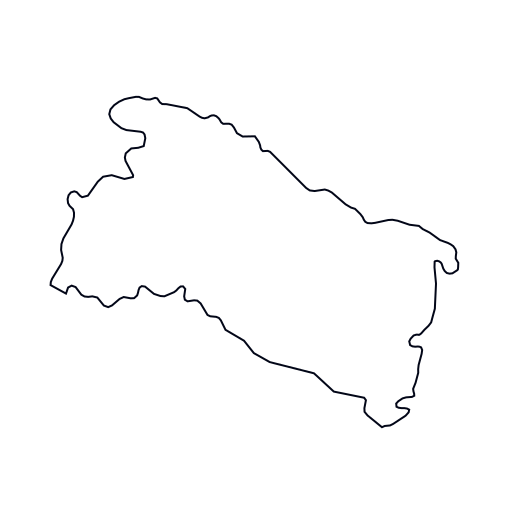 the border of Oise, rotated 200°
{"feature_id": "FRA-5331", "entity_name": "Oise", "entity_type": "Metropolitan department", "adm_level": 1, "iso_a3": "FRA", "parent_name": "France", "parent_adm1": "", "projection": "natural_earth1", "projection_center": [2.414, 49.417], "detail": "fine", "context": "isolated", "style": "outline", "palette": "ink", "viewbox_px": 512, "rotation_deg": 200, "n_neighbors": 0, "source": "natural_earth", "source_scale": "10m", "svg_char_len": 2924}
<svg xmlns="http://www.w3.org/2000/svg" viewBox="0 0 512 512"><g transform="rotate(200 256 256)"><path d="M439.1,158.4L439.9,161.4L439.8,165.0L436.4,181.8L436.3,185.2L437.0,188.2L441.2,195.0L442.9,200.7L443.0,206.7L440.1,222.6L440.0,226.6L440.5,230.6L441.8,234.4L443.9,237.4L448.4,239.4L450.7,241.4L452.5,245.0L452.9,249.0L451.7,252.4L448.9,254.6L446.3,254.7L441.9,252.4L439.5,251.8L434.6,255.2L430.1,271.7L426.8,278.2L419.2,282.6L406.0,283.4L398.7,288.1L399.1,289.9L411.1,300.7L412.9,303.7L413.5,307.9L410.0,314.4L403.7,317.4L399.1,320.9L400.3,328.8L402.3,332.1L404.4,333.4L406.9,333.3L420.9,330.0L426.2,330.1L435.5,333.0L439.5,335.5L442.4,339.1L442.9,344.0L440.9,349.2L437.4,354.2L433.3,358.3L429.5,360.8L423.3,364.5L420.4,365.5L416.3,365.3L412.7,365.6L409.0,366.9L404.9,370.1L402.7,370.3L398.8,367.5L396.1,366.7L391.9,368.1L371.1,371.4L356.6,367.7L354.0,367.4L351.4,367.8L348.5,369.8L347.1,371.7L345.7,372.9L343.7,373.8L341.1,373.8L338.3,372.7L337.0,371.9L334.4,369.7L332.1,369.0L326.5,371.1L323.8,371.1L320.7,369.2L315.9,364.9L309.4,363.7L298.0,368.1L292.4,364.2L290.0,361.4L289.0,359.5L287.4,357.8L285.4,356.9L280.9,358.8L278.4,358.7L232.2,337.1L227.9,336.0L223.1,337.1L214.1,342.0L210.5,342.2L206.5,341.6L189.5,335.2L183.2,334.0L179.1,334.2L172.3,331.1L168.9,328.9L167.1,327.0L165.0,325.5L162.5,325.1L158.7,326.2L155.4,327.9L144.1,335.0L140.2,336.7L134.9,337.6L122.4,337.9L113.2,340.0L108.5,338.3L100.9,337.4L88.5,333.9L80.0,333.9L77.0,333.5L74.0,332.7L70.8,330.5L69.0,327.9L68.2,324.3L67.4,321.8L63.6,318.8L62.2,314.5L61.7,312.3L62.1,311.4L65.5,306.9L68.1,305.6L70.9,305.3L73.5,306.4L75.7,308.2L78.8,312.1L79.3,312.5L80.2,313.1L82.1,313.6L84.1,313.5L85.4,312.7L86.0,312.3L86.2,311.8L84.4,306.4L77.4,291.6L69.9,267.6L69.1,257.8L68.7,253.5L70.0,249.4L72.5,244.3L74.3,239.7L75.3,238.2L75.9,237.6L76.8,237.5L78.5,236.9L80.7,235.2L82.4,231.2L82.8,228.2L80.7,225.0L78.1,224.6L75.4,225.2L73.0,226.3L71.3,226.7L69.6,226.6L67.7,224.5L66.9,220.7L65.9,209.2L64.9,205.1L63.6,201.7L62.7,191.4L62.9,184.9L61.7,182.6L60.3,180.7L59.5,178.8L61.3,176.9L66.6,174.5L69.6,172.3L72.6,168.2L73.8,165.3L72.4,162.4L70.1,162.2L67.3,162.8L64.5,163.8L61.9,164.3L59.5,164.0L59.1,161.3L60.8,157.1L69.8,145.0L72.1,142.6L76.9,140.3L79.1,138.2L96.6,144.3L100.7,146.7L102.1,150.1L103.4,158.1L105.9,159.8L136.5,155.2L161.4,165.6L206.8,161.0L224.8,164.0L238.3,172.3L259.4,176.2L267.0,183.5L269.7,185.1L272.6,185.2L278.4,183.7L281.4,184.0L291.8,192.5L295.9,194.0L299.0,193.2L304.8,190.0L307.9,190.6L309.7,193.5L311.2,200.8L314.1,202.5L316.4,201.6L317.9,199.2L319.1,196.3L320.6,194.0L328.3,186.8L332.1,185.7L338.9,185.5L349.8,189.3L353.1,188.6L354.6,186.5L354.7,183.9L354.3,181.0L354.2,178.3L356.1,174.7L359.2,173.4L366.3,172.2L369.5,169.0L374.4,160.3L377.4,157.4L382.0,157.4L390.9,162.7L396.0,162.1L399.7,160.2L403.3,159.3L406.9,159.9L414.9,165.1L419.1,165.1L421.8,162.1L421.7,155.7L439.1,158.4Z" fill="none" stroke="#020617" stroke-width="2"/></g></svg>